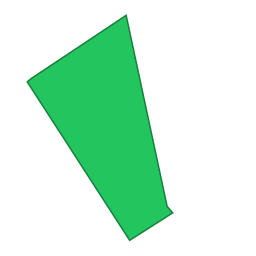 Douglas, South Dakota, United States of America, rotated 237°
{"feature_id": "52423323B94061378470924", "entity_name": "Douglas", "entity_type": "district", "adm_level": 2, "iso_a3": "USA", "parent_name": "United States of America", "parent_adm1": "South Dakota", "projection": "robinson", "projection_center": [-98.384, 43.348], "detail": "fine", "context": "isolated", "style": "filled", "palette": "green", "viewbox_px": 256, "rotation_deg": 237, "n_neighbors": 0, "source": "geoboundaries", "source_scale": "gbopen_adm2", "svg_char_len": 259}
<svg xmlns="http://www.w3.org/2000/svg" viewBox="0 0 256 256"><g transform="rotate(237 128 128)"><path d="M155.9,68.5L32.9,68.2L32.5,119.3L40.9,118.1L223.5,187.8L222.2,74.1L221.6,68.6L155.9,68.5Z" fill="#22c55e" stroke="#15803d" stroke-width="1.5"/></g></svg>